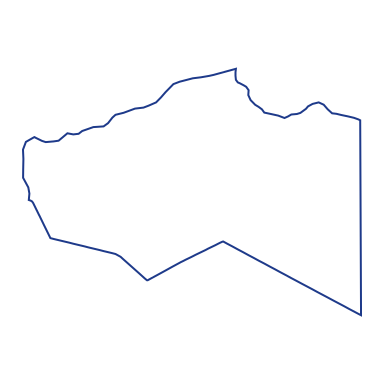 an SVG outline of Murzuq
{"feature_id": "LBY-2969", "entity_name": "Murzuq", "entity_type": "Municipality", "adm_level": 1, "iso_a3": "LBY", "parent_name": "Libya", "parent_adm1": "", "projection": "mercator", "projection_center": [15.489, 24.47], "detail": "fine", "context": "isolated", "style": "outline", "palette": "blue", "viewbox_px": 384, "rotation_deg": 0, "n_neighbors": 0, "source": "natural_earth", "source_scale": "10m", "svg_char_len": 2189}
<svg xmlns="http://www.w3.org/2000/svg" viewBox="0 0 384 384"><path d="M361.0,315.2L360.0,314.7L354.7,311.9L349.4,309.1L344.1,306.2L338.8,303.4L333.5,300.6L328.1,297.7L322.8,294.9L317.5,292.1L312.2,289.2L306.9,286.4L301.6,283.6L296.2,280.7L290.9,277.9L285.6,275.0L280.3,272.2L275.0,269.3L269.7,266.5L264.4,263.6L259.0,260.8L253.7,257.9L248.4,255.1L243.1,252.2L237.8,249.4L232.5,246.5L227.2,243.7L223.2,241.5L222.4,241.7L220.4,242.6L218.0,243.8L215.5,245.1L213.0,246.3L210.5,247.5L208.0,248.7L205.6,250.0L203.1,251.2L200.6,252.4L198.1,253.6L195.6,254.8L193.1,256.1L190.7,257.3L188.2,258.5L185.7,259.7L183.2,261.0L180.7,262.2L180.0,262.6L172.6,266.6L165.2,270.7L157.9,274.7L150.5,278.7L147.8,280.2L147.1,280.3L146.5,279.9L144.5,278.2L139.2,273.4L133.8,268.6L128.4,263.8L123.0,259.0L120.6,256.8L115.5,254.0L111.2,252.9L107.4,252.0L103.6,251.1L99.8,250.1L96.0,249.2L92.2,248.3L88.4,247.4L84.6,246.4L80.8,245.5L77.0,244.6L73.2,243.7L69.4,242.7L65.6,241.8L61.8,240.9L58.0,240.0L54.2,239.1L50.4,238.1L47.1,231.4L44.1,225.3L39.3,215.4L39.2,215.3L36.1,209.0L33.1,202.9L32.0,201.4L30.6,200.6L28.8,200.0L29.4,193.6L28.3,187.4L23.1,177.8L23.2,168.9L23.4,159.0L23.0,149.6L25.9,141.9L34.3,137.1L42.0,140.9L45.7,142.1L53.7,141.4L58.6,140.7L63.0,137.0L67.4,133.3L73.3,134.4L78.6,133.8L82.2,131.0L86.2,129.6L93.3,127.1L103.6,126.4L108.1,123.1L112.4,117.6L115.5,114.8L123.6,112.8L135.0,108.6L143.5,107.6L148.5,105.7L156.1,102.4L161.0,97.4L165.4,92.3L169.9,87.7L173.4,84.1L179.7,81.7L185.1,80.3L192.8,78.3L200.9,77.3L209.1,75.9L213.6,74.9L235.9,68.8L235.5,72.3L235.5,75.8L235.9,79.8L237.8,82.4L239.9,83.3L243.7,85.3L246.2,86.8L248.6,90.2L248.3,95.1L250.6,100.1L255.2,104.8L258.5,106.8L261.9,109.3L264.3,112.6L270.9,114.0L278.2,115.6L284.5,118.0L288.1,116.4L291.3,114.5L296.9,114.0L300.4,112.9L306.0,108.8L308.0,106.4L312.6,103.9L318.7,102.4L323.7,104.7L327.7,109.3L332.1,113.3L336.4,113.8L341.3,115.0L348.0,116.4L353.9,117.8L358.4,119.4L360.2,120.3L360.3,144.0L360.4,167.7L360.5,191.3L360.6,214.7L360.7,238.1L360.8,261.4L360.9,284.6L361.0,307.7L361.0,308.2L361.0,308.7L361.0,309.2L361.0,309.7L361.0,310.1L361.0,310.6L361.0,311.1L361.0,311.6L361.0,315.2Z" fill="none" stroke="#1e3a8a" stroke-width="2"/></svg>